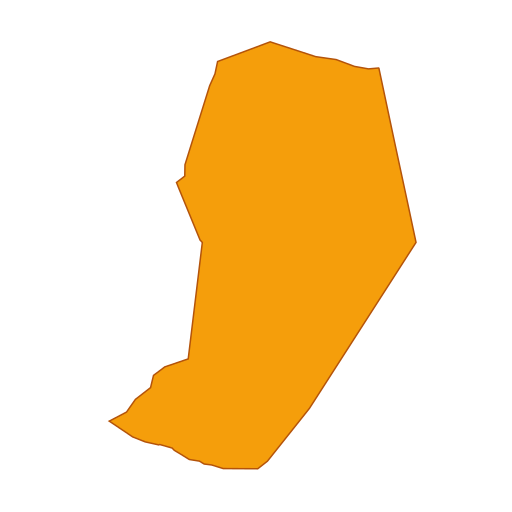 Derierre Fort/Old Victoria Road, Castries, Saint Lucia, rotated 85°
{"feature_id": "8701671B52595214845054", "entity_name": "Derierre Fort/Old Victoria Road", "entity_type": "district", "adm_level": 2, "iso_a3": "LCA", "parent_name": "Saint Lucia", "parent_adm1": "Castries", "projection": "equal_earth", "projection_center": [-60.984, 13.994], "detail": "fine", "context": "isolated", "style": "filled", "palette": "amber", "viewbox_px": 512, "rotation_deg": 85, "n_neighbors": 0, "source": "geoboundaries", "source_scale": "gbopen_adm2", "svg_char_len": 686}
<svg xmlns="http://www.w3.org/2000/svg" viewBox="0 0 512 512"><g transform="rotate(85 256 256)"><path d="M435.7,369.4L435.4,368.3L440.0,356.3L442.5,354.3L445.8,349.7L452.9,340.2L455.4,330.3L458.7,325.8L460.3,318.4L464.9,307.2L468.1,272.8L461.4,262.5L412.5,216.1L256.4,95.4L218.1,100.1L154.9,108.0L79.7,117.2L79.4,117.5L79.4,127.6L75.7,141.4L67.3,159.0L62.6,179.2L46.5,217.1L43.9,223.2L58.9,277.3L71.0,281.0L82.3,287.3L158.9,318.8L170.2,320.0L175.8,328.8L181.2,327.2L235.3,310.3L236.6,309.2L237.9,308.3L352.6,332.5L358.5,356.5L366.0,368.5L377.9,372.5L388.3,388.6L400.2,398.6L407.7,416.6L425.5,394.6L431.5,382.6L435.7,369.4Z" fill="#f59e0b" stroke="#b45309" stroke-width="1.5"/></g></svg>